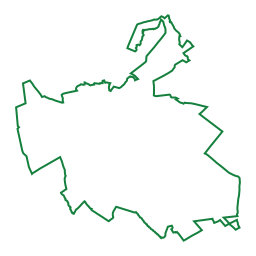 Calarasi, Botosani, Romania
{"feature_id": "2599482B93043559346462", "entity_name": "Calarasi", "entity_type": "district", "adm_level": 2, "iso_a3": "ROU", "parent_name": "Romania", "parent_adm1": "Botosani", "projection": "robinson", "projection_center": [27.271, 47.62], "detail": "fine", "context": "isolated", "style": "outline", "palette": "green", "viewbox_px": 256, "rotation_deg": 0, "n_neighbors": 0, "source": "geoboundaries", "source_scale": "gbopen_adm2", "svg_char_len": 5703}
<svg xmlns="http://www.w3.org/2000/svg" viewBox="0 0 256 256"><path d="M239.5,227.6L238.9,226.6L238.0,224.6L237.7,222.6L237.1,221.1L236.9,219.9L229.5,223.6L223.7,217.6L237.5,216.1L237.0,214.8L237.0,214.4L237.2,213.8L237.6,213.2L237.7,212.8L237.7,211.4L237.4,209.3L237.4,207.6L238.4,198.0L238.8,196.6L239.0,195.4L239.5,189.7L239.4,187.0L239.5,185.4L239.9,182.9L239.6,178.2L238.4,176.7L238.1,176.5L236.0,176.0L233.6,175.1L228.9,172.7L222.4,167.3L217.0,163.1L212.0,158.7L207.5,154.9L205.8,153.9L204.8,153.5L210.9,145.6L211.8,144.6L222.4,131.5L203.4,117.1L199.5,114.0L201.8,112.1L207.0,107.0L195.1,104.1L191.2,103.3L186.4,103.0L184.7,102.7L183.6,103.7L182.2,103.0L181.2,102.9L179.8,102.3L175.9,99.5L177.7,98.6L176.1,97.8L175.3,97.5L172.0,97.5L171.4,97.3L171.0,97.0L170.2,95.0L169.5,94.6L156.9,96.1L155.8,96.1L154.9,95.9L154.1,95.6L153.8,95.3L154.0,93.0L154.0,86.5L153.4,81.1L163.5,75.8L168.3,73.1L172.2,70.6L173.4,68.8L174.6,67.4L174.7,65.9L175.0,64.9L175.3,64.6L182.1,60.5L182.5,60.2L186.3,62.3L189.4,60.4L188.5,59.8L187.9,59.1L187.7,58.0L187.8,57.2L187.1,56.2L185.8,55.8L185.2,55.4L184.5,54.6L183.5,53.1L193.3,46.4L192.2,45.3L190.8,43.3L189.9,42.2L187.0,40.5L184.0,45.0L182.3,47.2L179.3,44.3L179.7,43.1L179.7,42.7L179.1,39.2L179.4,36.3L180.3,36.1L179.9,35.5L179.7,34.1L178.5,32.5L176.0,30.5L174.2,28.3L173.7,26.7L171.1,22.1L170.4,22.3L170.1,22.3L169.9,22.1L169.7,21.4L170.0,20.3L169.1,18.4L169.2,18.0L168.7,15.6L167.7,15.4L167.1,16.1L164.6,18.3L163.6,17.4L161.6,16.3L161.4,16.3L160.9,16.6L159.5,18.0L157.6,19.4L155.7,19.7L154.2,19.5L152.6,20.2L148.9,21.1L147.5,21.3L145.7,21.9L143.9,22.2L140.8,23.3L138.2,24.0L137.4,24.4L136.9,25.1L128.1,46.0L127.4,48.2L135.1,51.4L135.3,51.2L136.2,50.6L136.6,49.4L136.2,48.5L135.8,48.0L136.0,47.7L136.5,47.2L136.7,46.9L136.8,46.3L136.5,45.2L136.8,45.0L138.4,44.6L139.6,45.2L140.7,43.7L140.6,42.2L140.7,41.3L141.8,40.0L142.4,37.4L142.3,36.7L143.4,35.6L143.7,35.0L142.6,33.4L142.5,33.1L142.6,32.6L143.2,32.2L143.4,31.8L143.4,31.3L143.3,31.0L143.1,30.8L142.6,30.7L143.0,29.9L144.0,29.9L144.7,30.1L145.2,29.9L147.7,29.6L148.8,29.2L149.9,29.1L151.6,29.1L152.9,28.8L153.6,28.8L153.8,29.1L154.1,28.9L154.9,28.9L155.0,28.9L155.3,28.5L156.6,28.1L158.2,26.9L158.6,26.4L158.7,25.4L159.6,23.8L159.8,22.3L160.4,21.5L161.1,19.6L161.6,20.0L163.3,21.8L163.4,22.6L163.8,23.7L164.2,25.6L164.8,26.8L165.5,29.3L165.5,32.8L164.5,34.3L160.6,39.3L157.9,42.5L154.4,47.0L146.7,56.0L146.4,56.7L146.4,57.1L146.1,61.3L144.9,62.5L140.6,65.9L130.8,73.4L134.5,75.5L138.0,79.0L135.1,80.2L135.1,79.8L134.5,78.7L133.2,77.2L131.6,76.8L130.8,76.9L130.1,76.4L127.3,78.5L126.8,80.8L125.1,82.7L124.8,83.4L124.0,84.5L122.3,85.8L121.3,86.9L120.4,87.5L119.1,88.1L113.8,86.6L112.8,88.0L111.1,90.2L110.7,91.0L109.3,90.4L109.2,89.0L108.9,88.0L109.1,85.9L109.6,84.9L109.3,84.5L110.2,83.2L106.6,82.4L105.3,82.8L104.6,81.7L104.4,80.8L104.2,80.4L103.0,80.7L103.0,81.1L102.5,81.2L102.6,83.1L100.3,83.1L100.2,83.5L99.7,83.4L99.2,83.8L94.6,83.2L94.1,83.4L93.9,83.7L94.1,84.6L91.5,85.0L90.4,85.4L89.8,85.2L88.7,84.2L87.2,83.7L86.7,83.4L85.7,83.2L84.9,82.4L84.6,82.4L84.7,84.0L84.6,84.5L84.2,84.5L83.7,84.8L80.8,84.3L79.9,85.1L78.6,85.6L77.2,86.4L76.2,87.9L76.0,88.8L76.1,89.3L77.0,90.7L65.9,93.0L62.8,93.9L61.7,94.9L62.2,96.7L62.8,98.1L62.8,98.6L62.7,100.7L63.2,102.5L62.1,102.7L55.1,100.5L53.5,99.8L52.2,99.3L49.1,98.6L47.4,97.7L45.9,97.2L44.7,96.2L42.0,97.0L40.7,94.7L38.5,91.8L34.2,86.6L32.3,83.6L29.9,80.5L23.0,83.4L25.6,103.3L16.1,107.3L17.8,126.1L19.0,127.2L17.5,128.8L22.3,150.8L23.3,153.3L26.5,156.2L28.9,167.0L32.0,173.9L32.8,173.0L34.2,172.3L40.3,168.4L60.1,157.1L60.8,158.9L61.7,160.8L63.4,166.7L64.8,169.9L64.8,172.1L65.1,174.0L65.3,175.3L65.7,175.9L65.1,177.1L64.7,178.2L64.7,179.4L64.8,180.9L65.3,184.4L66.4,189.0L61.0,192.7L61.4,193.7L62.4,194.6L62.8,194.8L63.1,195.2L63.6,195.5L64.0,195.9L64.3,196.9L64.7,197.4L64.8,197.9L65.4,198.6L65.5,199.0L65.3,199.7L66.0,200.4L66.8,200.6L67.4,201.3L67.4,201.7L67.9,202.3L68.3,203.0L68.2,203.7L68.3,204.3L68.3,204.7L68.8,205.6L68.9,205.9L69.9,206.5L70.0,207.1L70.5,207.3L70.6,207.5L70.5,208.1L70.2,208.4L70.3,209.4L71.0,210.2L71.5,211.8L71.8,212.1L71.9,212.5L72.2,212.4L73.0,213.1L73.2,213.7L73.8,213.8L76.1,209.5L76.5,209.4L77.5,208.6L80.0,206.1L82.0,203.8L84.1,201.7L84.5,201.3L84.9,201.5L85.8,202.8L85.8,203.2L86.7,204.3L87.7,205.7L88.4,206.0L88.9,206.6L89.0,206.9L89.0,207.0L89.4,207.3L89.9,208.1L90.3,208.4L91.5,208.8L91.1,209.3L91.6,210.1L95.4,212.5L96.5,213.3L100.3,215.7L108.5,221.1L108.8,221.2L110.4,219.8L112.7,218.2L113.2,217.5L113.2,217.2L112.8,215.2L112.8,213.4L113.0,212.5L113.8,210.7L115.1,208.6L115.9,207.1L116.2,206.8L133.9,212.3L135.2,212.5L135.9,212.1L136.2,212.7L137.0,213.2L137.2,213.5L137.5,213.7L137.7,214.1L138.1,214.4L138.2,214.6L138.2,215.0L138.5,215.4L139.3,216.1L139.4,216.5L139.8,217.3L140.2,217.3L140.6,217.6L141.5,218.1L142.1,219.0L142.2,219.4L142.6,219.8L143.1,220.5L143.7,221.0L143.8,221.7L143.9,221.9L144.4,222.2L144.6,222.6L145.6,223.3L146.4,224.4L147.0,224.5L147.0,225.0L147.8,226.1L148.6,226.3L148.7,226.8L149.1,227.3L149.4,227.3L150.3,228.0L150.8,228.9L153.1,230.3L153.4,231.0L154.8,231.8L155.1,232.1L155.2,232.5L155.9,232.9L156.1,233.2L156.4,233.3L157.1,234.1L157.4,234.1L157.6,234.6L158.4,235.0L159.0,235.9L159.6,236.4L160.1,236.6L160.4,237.5L161.1,238.1L161.7,237.4L162.6,237.7L163.6,237.7L164.5,236.9L165.3,235.9L165.5,233.0L167.9,226.7L171.8,225.7L172.6,227.4L172.2,228.7L171.3,229.3L173.4,232.6L175.5,232.0L176.0,232.6L177.0,232.0L178.5,233.6L183.7,240.6L186.4,239.1L188.1,238.0L192.5,235.4L197.3,232.9L201.8,230.2L194.1,221.3L212.5,218.8L212.6,219.5L213.7,221.5L214.2,222.9L218.3,221.3L220.1,220.0L225.2,226.0L228.9,223.8L232.5,226.6L234.5,228.5L235.6,229.7L239.5,227.6Z" fill="none" stroke="#15803d" stroke-width="2"/></svg>